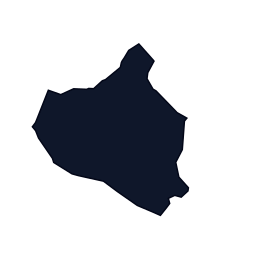 outline of Eket, Akwa Ibom, Nigeria, rotated 308°
{"feature_id": "59680162B97039944509950", "entity_name": "Eket", "entity_type": "district", "adm_level": 2, "iso_a3": "NGA", "parent_name": "Nigeria", "parent_adm1": "Akwa Ibom", "projection": "robinson", "projection_center": [7.954, 4.641], "detail": "fine", "context": "isolated", "style": "filled", "palette": "ink", "viewbox_px": 256, "rotation_deg": 308, "n_neighbors": 0, "source": "geoboundaries", "source_scale": "gbopen_adm2", "svg_char_len": 767}
<svg xmlns="http://www.w3.org/2000/svg" viewBox="0 0 256 256"><g transform="rotate(308 128 128)"><path d="M172.0,168.3L170.3,157.1L170.5,156.0L174.5,127.2L174.0,123.8L178.5,112.7L179.1,112.3L183.8,109.5L196.7,107.3L197.0,106.2L200.9,84.8L189.6,80.8L180.8,81.9L177.4,82.1L175.5,82.5L171.6,84.4L170.8,84.6L152.3,80.5L149.4,78.7L137.8,76.7L135.0,72.7L133.1,71.7L125.4,61.0L112.9,54.5L108.7,42.0L78.2,51.0L75.3,51.8L70.1,51.9L69.0,56.9L65.0,63.7L57.6,87.1L55.1,90.7L57.4,112.1L59.9,118.1L63.5,125.7L71.0,141.4L71.4,158.8L72.7,183.0L76.8,198.2L79.1,207.3L88.7,207.4L94.2,207.3L97.4,203.1L103.7,206.3L106.3,212.5L115.3,214.0L118.1,212.4L120.6,198.3L130.4,186.7L134.8,185.9L144.4,184.1L168.2,168.2L172.0,168.3Z" fill="#0f172a" stroke="#020617" stroke-width="1.5"/></g></svg>